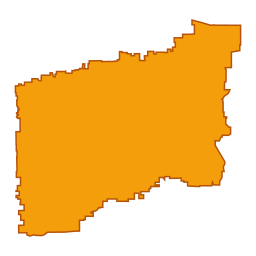 outline of Wagin, Western Australia, Australia
{"feature_id": "25037944B63512656480867", "entity_name": "Wagin", "entity_type": "district", "adm_level": 2, "iso_a3": "AUS", "parent_name": "Australia", "parent_adm1": "Western Australia", "projection": "albers", "projection_center": [117.292, -33.275], "detail": "fine", "context": "isolated", "style": "filled", "palette": "amber", "viewbox_px": 256, "rotation_deg": 0, "n_neighbors": 0, "source": "geoboundaries", "source_scale": "gbopen_adm2", "svg_char_len": 4693}
<svg xmlns="http://www.w3.org/2000/svg" viewBox="0 0 256 256"><path d="M240.6,25.3L216.1,25.2L214.5,25.1L214.1,24.9L210.9,25.3L202.6,22.9L198.9,21.8L195.8,21.1L192.0,20.0L192.0,24.8L194.4,24.8L194.4,33.9L189.4,34.3L182.6,34.3L182.6,37.8L174.2,37.8L174.2,42.3L175.3,42.4L175.3,47.2L172.6,47.2L172.6,51.2L170.7,51.2L170.7,49.2L167.5,49.2L167.5,52.5L164.7,52.5L164.7,52.2L156.1,52.2L156.1,54.0L153.8,54.0L153.8,51.4L147.7,51.4L147.7,55.8L144.4,55.8L144.4,57.9L144.8,57.9L144.9,60.5L139.6,60.5L139.6,53.7L134.4,53.7L134.4,55.7L131.2,55.7L131.2,53.8L127.2,53.8L127.2,52.6L121.9,52.5L121.9,51.6L119.5,51.6L119.5,59.7L117.5,59.7L117.5,61.0L115.1,61.0L115.1,61.4L112.6,61.4L112.6,61.5L107.1,61.5L101.8,61.7L101.8,60.8L89.2,60.8L89.2,63.7L88.1,63.7L88.1,68.8L84.7,68.8L84.7,63.8L83.8,63.8L83.7,64.0L83.2,64.3L82.8,64.0L82.7,64.0L82.5,67.0L82.5,67.3L82.6,67.8L82.6,68.2L82.8,68.6L82.5,68.5L82.4,68.5L79.8,68.5L79.8,69.0L78.4,69.5L78.7,69.7L78.4,69.9L75.1,69.9L75.1,70.6L72.0,70.6L72.0,73.2L69.6,73.2L65.6,73.1L65.6,71.4L65.5,71.5L56.7,71.5L56.4,71.7L56.4,74.2L55.1,74.2L55.1,76.9L53.9,76.9L52.9,75.6L52.9,74.2L52.2,74.2L52.2,72.8L50.1,72.8L50.1,75.2L41.4,75.2L41.4,77.3L41.2,77.3L41.2,80.6L39.0,80.6L37.6,78.7L31.9,78.8L31.9,80.7L31.8,82.2L24.5,82.2L24.5,85.3L21.3,85.3L21.3,84.0L18.8,84.0L18.8,85.9L15.4,85.9L15.4,92.8L16.1,92.8L16.1,96.0L17.4,96.0L17.4,100.1L16.8,100.1L16.8,105.8L17.4,106.3L17.9,107.0L17.6,107.6L18.1,108.0L18.6,108.2L18.9,108.5L18.1,109.4L18.7,109.8L18.9,110.3L18.1,110.5L17.9,110.7L17.8,110.8L17.7,111.2L17.7,111.3L17.8,111.4L17.9,111.5L18.0,111.7L18.0,111.9L18.0,112.0L17.9,112.1L18.0,112.2L18.0,112.4L18.0,112.5L17.9,112.7L17.6,112.5L17.2,112.6L16.7,112.7L16.6,112.8L16.6,113.0L16.5,113.3L16.6,113.6L16.8,113.8L16.8,114.0L17.0,114.2L17.1,114.3L17.3,114.3L17.5,114.3L17.8,114.4L18.0,114.4L18.1,114.5L18.2,114.8L18.3,114.9L18.3,115.0L18.2,115.1L18.1,115.3L17.9,115.4L17.7,115.5L17.3,115.6L17.2,115.7L17.0,115.8L17.0,116.1L17.0,116.3L16.9,116.4L16.7,116.5L16.5,116.8L16.6,117.0L16.7,117.3L16.9,117.5L17.1,117.5L17.3,117.5L17.5,117.8L17.8,118.2L17.8,118.3L18.1,118.4L18.3,118.4L18.6,118.5L18.7,118.4L18.9,118.4L19.0,118.4L19.4,118.2L19.5,118.1L19.8,118.1L20.0,118.2L20.1,118.8L20.1,131.7L16.0,131.7L16.0,135.7L16.1,139.7L16.1,144.6L16.3,144.7L16.3,150.8L17.0,150.8L17.0,157.1L16.7,157.1L17.0,169.2L16.9,171.6L16.4,171.7L16.4,177.4L20.5,177.4L20.5,185.6L17.4,185.6L17.4,189.0L17.4,189.9L17.2,190.2L16.9,190.4L16.6,190.6L16.3,190.7L16.1,190.7L16.0,190.8L16.0,191.4L19.3,191.4L19.3,195.5L16.1,195.4L16.1,197.5L17.9,197.5L17.9,199.1L20.5,199.1L20.5,203.1L20.1,203.1L20.1,204.7L24.1,204.7L24.1,210.5L18.7,210.6L18.7,214.5L20.7,214.5L20.7,220.2L23.9,220.2L23.9,225.3L18.7,225.3L18.7,232.8L26.9,232.8L26.9,234.9L29.7,236.0L34.3,234.8L35.3,235.3L41.4,235.6L44.1,234.8L45.5,233.8L45.6,233.3L46.7,232.9L47.8,232.2L51.8,232.2L60.1,232.1L64.7,232.1L75.7,231.1L79.4,231.1L79.5,231.0L79.5,220.3L83.8,220.3L83.8,219.5L85.3,219.5L85.3,216.3L93.2,216.3L93.2,212.9L91.0,212.9L91.0,212.1L92.5,212.1L93.1,211.2L95.2,211.1L96.8,210.2L97.6,209.4L98.4,207.9L100.0,207.9L100.0,207.4L102.8,207.4L102.8,201.3L107.2,201.3L107.2,199.0L116.9,199.0L116.9,201.3L128.0,201.3L128.4,201.3L128.3,200.9L128.2,200.5L128.2,199.9L128.1,199.1L134.4,199.1L134.4,193.2L138.9,193.2L138.9,198.5L143.6,198.5L143.6,194.8L140.9,194.8L140.9,191.6L146.5,191.6L149.1,191.5L149.1,188.6L150.7,188.6L150.7,186.5L159.2,186.5L159.2,184.9L155.2,184.9L155.2,182.3L159.2,182.3L159.2,177.5L162.9,177.5L164.6,179.7L164.6,176.6L169.7,176.6L169.7,178.3L176.8,178.3L179.6,178.1L181.2,178.1L181.2,180.9L183.9,180.9L183.9,182.1L187.6,182.1L187.6,185.9L188.9,186.0L195.5,186.4L196.2,186.5L199.7,186.5L199.7,185.7L211.8,185.8L212.5,182.3L213.7,185.0L219.6,185.0L219.7,181.5L222.0,177.4L222.0,176.3L222.0,171.5L224.1,171.5L223.7,169.8L223.4,167.4L223.6,166.2L224.3,164.7L224.8,164.1L224.8,161.8L224.2,160.7L215.2,145.4L215.2,145.0L215.2,144.8L215.2,140.6L216.7,140.6L216.7,140.8L216.8,140.9L217.0,140.9L218.1,141.0L218.4,141.0L218.6,140.9L218.9,140.9L219.0,140.8L219.3,140.7L219.5,140.5L219.6,140.4L219.7,140.2L220.5,138.0L220.6,137.8L220.7,137.7L220.8,137.5L220.9,137.4L221.0,137.3L221.2,137.2L221.3,137.2L221.5,137.1L221.8,137.1L222.0,137.1L222.2,135.3L225.2,135.3L225.6,135.3L225.7,135.2L226.2,135.2L227.1,135.3L228.6,135.3L230.6,133.9L230.6,127.2L228.9,127.1L225.7,123.9L225.8,118.0L226.6,118.1L226.6,116.9L223.9,116.9L224.0,112.1L223.1,112.1L223.1,102.4L222.8,102.4L222.8,99.1L222.0,99.1L224.9,95.7L227.6,94.0L228.7,92.5L229.9,89.7L224.4,89.7L224.6,81.8L226.0,81.8L226.1,69.4L225.3,69.0L225.3,67.6L229.3,67.6L231.4,67.6L231.4,52.1L239.8,50.6L239.8,49.4L239.8,45.0L240.6,45.0L240.6,25.3Z" fill="#f59e0b" stroke="#b45309" stroke-width="1.5"/></svg>